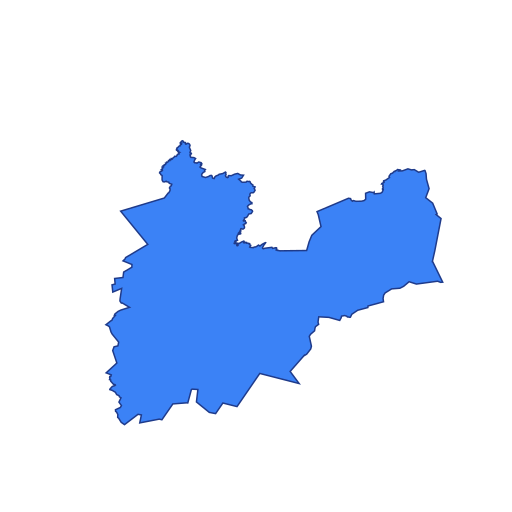 outline of Trapenes pag., Apes, Latvia, rotated 338°
{"feature_id": "27541924B83311513911645", "entity_name": "Trapenes pag.", "entity_type": "district", "adm_level": 2, "iso_a3": "LVA", "parent_name": "Latvia", "parent_adm1": "Apes", "projection": "robinson", "projection_center": [26.588, 57.465], "detail": "fine", "context": "isolated", "style": "filled", "palette": "blue", "viewbox_px": 512, "rotation_deg": 338, "n_neighbors": 0, "source": "geoboundaries", "source_scale": "gbopen_adm2", "svg_char_len": 6120}
<svg xmlns="http://www.w3.org/2000/svg" viewBox="0 0 512 512"><g transform="rotate(338 256 256)"><path d="M70.9,363.1L87.3,358.6L90.2,360.4L85.7,367.2L105.2,371.0L107.4,372.6L123.5,362.0L136.5,366.1L137.7,366.7L146.0,355.7L146.9,355.5L152.1,358.0L146.1,369.0L154.1,383.5L159.5,387.0L170.2,379.9L182.0,388.5L215.5,366.3L248.2,390.4L244.4,375.8L263.7,366.1L263.8,366.4L266.2,366.0L271.9,362.7L273.6,360.4L275.3,350.4L277.3,349.0L282.3,347.3L283.5,345.2L284.7,343.8L288.5,342.8L288.7,340.6L291.4,335.9L300.6,340.2L309.5,347.1L311.9,345.1L312.8,343.8L315.8,344.4L317.6,345.8L317.9,346.8L318.7,347.1L320.0,348.0L320.6,348.1L323.0,345.9L330.0,344.4L340.4,345.7L341.1,344.3L357.1,346.2L357.9,343.0L359.7,340.1L361.9,338.6L369.5,337.3L377.4,339.8L381.6,339.4L388.3,337.2L394.2,342.1L414.9,347.4L417.3,349.6L419.3,350.2L417.7,327.5L417.4,327.3L423.7,318.2L441.6,290.6L438.5,285.0L439.7,284.8L439.6,273.2L435.2,265.5L441.7,258.4L442.8,248.7L444.5,243.4L444.7,240.1L444.5,239.8L438.2,239.3L435.1,235.2L432.4,234.4L429.5,232.1L423.6,231.9L420.4,230.7L421.7,230.1L419.5,228.8L418.7,229.3L416.9,229.3L416.4,229.7L415.9,229.3L413.6,230.3L411.8,230.2L409.2,231.9L409.2,233.2L404.8,234.2L402.5,234.1L402.1,234.8L402.5,235.1L402.3,235.7L401.9,235.6L400.9,236.1L400.6,235.8L399.8,235.9L399.4,236.3L400.3,236.6L400.5,238.0L399.6,238.7L399.7,239.9L398.4,241.1L398.3,241.6L399.0,241.8L398.9,242.1L396.9,244.1L394.9,244.5L389.0,242.7L389.4,241.0L388.8,241.3L385.2,239.0L381.1,238.9L379.0,244.4L377.1,245.1L374.3,244.7L369.1,242.7L367.1,241.1L365.9,241.3L365.0,239.2L365.2,238.2L363.4,237.1L329.2,237.7L329.2,241.0L327.3,253.1L315.5,257.7L310.6,262.7L305.0,269.9L280.2,260.2L278.0,258.9L278.2,258.5L278.0,258.4L277.0,258.1L277.6,256.9L278.1,256.6L278.1,256.1L277.5,255.7L274.3,255.2L274.0,253.9L267.0,252.1L265.7,252.1L265.0,251.5L265.1,250.8L267.0,249.1L269.9,247.3L269.7,247.1L266.3,247.4L263.4,248.2L262.4,246.8L260.0,247.4L258.8,247.4L257.7,247.0L256.7,247.3L253.8,245.8L253.5,245.3L255.1,244.1L254.2,242.7L254.7,242.1L253.0,240.9L251.8,240.5L251.7,240.3L252.1,239.8L250.8,239.1L250.2,239.5L249.7,239.3L249.6,239.0L250.4,238.1L250.3,237.6L247.8,237.6L243.6,238.3L243.3,238.7L243.4,239.3L242.8,239.6L242.3,239.4L242.2,238.8L242.5,238.2L243.5,237.2L241.1,236.7L240.5,236.2L240.6,235.9L242.5,235.8L242.8,235.2L241.9,234.6L242.3,234.2L244.7,234.5L244.8,232.1L246.5,229.8L248.1,229.3L249.7,229.7L250.2,229.6L250.4,228.8L250.2,228.5L248.7,228.0L250.3,227.2L251.3,227.2L251.4,226.9L251.0,226.3L251.7,225.8L252.0,225.1L252.5,225.0L253.6,226.0L254.1,226.2L255.7,225.7L256.2,224.9L256.4,223.1L256.0,222.4L257.4,222.0L258.6,222.1L259.4,221.5L259.1,220.6L259.2,219.3L257.5,218.8L257.5,218.5L259.3,217.3L259.6,216.3L261.7,216.7L263.3,215.8L264.9,214.4L267.5,214.8L269.5,213.4L269.6,212.6L268.9,211.3L267.5,210.5L267.2,209.8L266.4,209.3L266.6,208.9L266.7,206.7L268.7,205.9L270.8,205.7L271.8,206.0L272.2,204.9L271.2,203.9L270.6,201.8L271.0,199.4L271.4,198.8L273.1,198.0L273.4,196.5L274.3,195.7L275.5,195.6L276.9,196.3L277.4,196.2L278.1,196.0L279.8,194.7L279.6,192.7L280.5,192.2L281.0,191.5L279.3,190.3L279.7,188.9L279.1,188.1L278.3,186.4L278.3,184.8L278.0,184.4L277.0,184.2L275.7,183.3L274.4,183.8L271.1,182.6L270.2,181.8L270.1,181.1L268.7,178.3L271.9,178.4L274.7,176.4L271.9,175.0L270.0,172.6L266.7,172.1L263.2,172.3L260.8,171.2L260.0,171.6L259.8,172.5L259.0,172.7L258.1,171.9L257.7,170.8L257.8,170.0L258.7,169.4L258.9,168.0L259.4,167.3L259.1,166.7L256.1,167.1L252.4,166.4L251.5,166.8L248.8,166.8L247.4,167.3L246.2,168.5L244.9,167.5L245.2,165.2L244.9,164.6L243.6,164.2L241.7,164.5L238.6,164.3L235.8,162.1L236.0,160.4L236.7,159.6L238.5,158.7L240.1,158.6L240.3,158.4L240.4,157.3L241.4,156.8L238.0,153.7L237.4,152.5L239.7,151.2L239.6,150.7L238.3,150.2L240.3,150.1L240.1,148.9L238.1,147.4L236.0,147.8L235.8,147.4L234.2,146.7L233.8,146.0L233.7,145.6L234.0,145.2L235.3,143.8L236.5,143.0L235.3,141.5L232.5,140.1L232.3,139.3L232.8,138.5L232.5,137.7L232.7,137.4L233.8,136.9L234.3,137.1L234.5,136.8L234.5,136.4L233.5,135.7L233.5,135.3L235.0,133.7L234.9,130.6L235.1,130.0L236.2,128.9L236.3,127.7L236.0,126.9L235.1,125.9L232.9,126.1L232.6,125.5L233.1,124.4L231.6,123.5L231.5,122.4L231.2,121.7L230.2,121.6L228.0,122.8L228.3,123.9L229.2,123.8L228.7,124.6L227.6,124.5L227.0,124.9L227.0,125.4L225.4,125.4L224.6,126.0L223.4,126.1L223.0,126.5L223.0,126.8L222.3,127.2L222.0,127.7L223.0,128.5L223.1,128.8L222.6,128.9L223.2,129.5L222.9,129.8L223.4,130.0L223.3,130.6L223.9,131.2L223.0,131.2L223.1,132.2L222.8,132.6L221.9,132.3L221.0,132.5L220.8,132.9L219.4,133.8L217.9,133.1L217.5,133.5L215.5,134.1L214.8,134.8L214.2,134.7L214.5,134.3L214.1,134.0L213.9,134.6L213.4,134.8L213.3,134.4L212.4,134.1L211.9,134.4L212.3,135.0L212.0,135.3L210.6,134.8L210.5,135.3L209.3,135.9L208.8,135.9L208.7,135.6L208.4,135.5L208.3,136.0L207.0,136.0L207.1,136.6L206.3,137.3L205.4,137.0L205.0,137.1L204.8,137.6L204.3,137.4L203.2,137.7L203.8,138.1L203.7,138.7L203.2,138.6L202.8,139.1L202.0,139.1L202.1,140.0L200.6,140.5L201.4,141.0L201.4,141.5L200.2,142.0L198.5,142.0L197.7,142.8L198.3,144.2L198.2,144.9L199.1,146.2L197.5,150.1L197.4,151.0L197.7,152.4L199.1,153.1L200.7,153.0L200.9,153.6L202.8,154.9L202.8,156.1L204.8,157.9L203.7,159.2L202.8,159.2L201.2,160.5L201.5,161.5L200.8,163.1L198.9,164.7L198.2,164.7L192.7,167.9L147.3,163.7L160.0,204.7L134.5,208.6L133.6,209.6L130.9,210.7L137.8,217.4L136.7,219.9L127.3,221.3L124.6,226.1L116.5,223.9L114.9,229.2L111.7,228.8L109.7,235.8L119.3,235.7L113.9,244.9L113.1,246.5L113.0,247.1L113.5,249.2L114.4,249.5L119.5,256.2L110.4,255.5L107.4,255.7L103.5,256.9L102.5,257.9L103.3,258.4L99.7,260.2L98.2,261.7L97.3,261.7L91.1,263.5L92.8,265.4L93.6,266.8L93.1,272.2L93.4,274.6L96.4,284.4L94.3,287.6L90.4,287.0L87.7,290.0L86.9,303.1L73.3,308.2L77.3,312.0L76.3,313.2L75.4,312.9L74.8,313.6L74.9,314.5L73.9,315.7L74.8,316.4L74.4,317.6L75.8,321.6L77.1,322.4L77.3,323.0L76.6,323.3L73.9,323.1L70.8,324.6L70.4,325.1L72.4,326.8L74.3,329.3L74.6,329.7L74.9,332.3L76.7,334.2L76.6,335.4L77.7,336.9L74.2,340.1L75.2,344.3L73.5,345.6L68.1,345.9L67.6,347.5L68.2,348.3L68.5,351.2L67.3,353.8L67.9,355.0L68.7,359.7L70.9,363.1Z" fill="#3b82f6" stroke="#1e3a8a" stroke-width="1.5"/></g></svg>